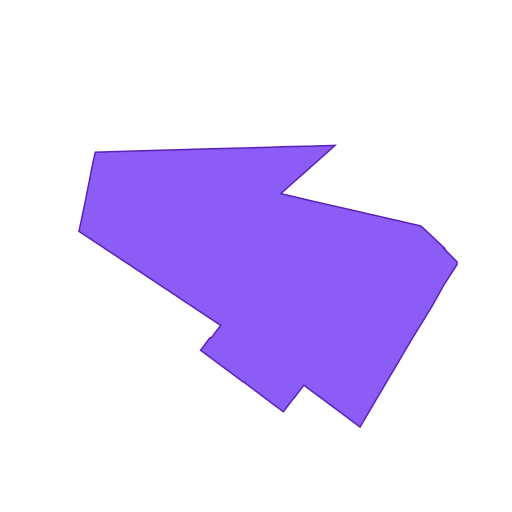 the district of Tonanitla, México, Mexico, rotated 113°
{"feature_id": "50627088B85888677914185", "entity_name": "Tonanitla", "entity_type": "district", "adm_level": 2, "iso_a3": "MEX", "parent_name": "Mexico", "parent_adm1": "México", "projection": "mercator", "projection_center": [-99.056, 19.68], "detail": "fine", "context": "isolated", "style": "filled", "palette": "violet", "viewbox_px": 512, "rotation_deg": 113, "n_neighbors": 0, "source": "geoboundaries", "source_scale": "gbopen_adm2", "svg_char_len": 1858}
<svg xmlns="http://www.w3.org/2000/svg" viewBox="0 0 512 512"><g transform="rotate(113 256 256)"><path d="M223.2,444.4L232.7,442.8L238.7,441.6L250.0,439.2L250.8,439.0L259.0,437.3L267.2,435.6L275.4,433.9L283.6,432.3L286.0,431.8L294.2,430.2L302.5,428.6L304.1,419.8L305.7,411.4L307.2,403.1L308.8,394.8L310.3,386.4L311.9,378.1L313.4,369.8L315.0,361.4L316.5,353.1L318.1,344.8L319.6,336.4L321.2,328.1L322.7,319.8L324.3,311.4L325.9,303.1L327.4,294.8L329.0,286.4L330.5,278.1L332.1,269.8L333.6,261.4L342.7,263.7L348.9,265.1L348.9,266.1L349.5,266.5L364.4,270.2L364.5,269.8L364.9,268.1L365.0,267.8L365.4,266.0L365.4,265.8L365.9,263.9L366.4,261.8L366.8,260.3L366.9,259.9L367.4,257.9L367.4,257.7L368.4,253.7L369.9,247.7L371.3,241.9L372.7,236.0L374.2,229.9L375.7,223.7L377.0,218.3L376.3,217.0L377.2,216.5L379.8,205.9L381.3,199.9L382.8,194.0L384.3,188.0L385.8,182.0L386.8,177.7L387.2,176.0L388.7,170.0L372.9,166.0L372.1,165.5L356.2,161.5L358.5,152.3L360.7,143.1L362.7,134.8L364.7,126.5L366.7,118.2L368.7,109.9L370.8,101.7L372.8,93.4L363.6,92.2L354.5,91.0L345.4,89.8L336.3,88.6L327.2,87.4L318.1,86.2L309.0,85.0L308.7,84.9L299.7,83.7L290.7,82.6L281.6,81.4L272.6,80.2L263.0,78.8L253.4,77.3L243.8,75.9L234.2,74.4L225.8,73.5L217.4,72.6L209.0,71.7L195.6,69.4L185.5,67.6L182.9,68.6L182.5,69.5L175.8,85.8L175.2,85.3L174.3,87.8L172.7,92.0L170.8,97.1L167.4,106.4L164.0,115.7L164.1,116.6L164.2,117.8L165.7,126.0L167.1,134.1L168.0,139.3L168.7,143.0L170.3,152.0L171.9,160.9L173.5,169.8L175.0,178.7L176.6,187.6L178.2,196.5L179.8,205.4L181.4,214.3L183.0,223.2L184.5,231.8L185.9,240.4L187.4,249.0L188.9,257.5L180.7,253.7L172.5,249.8L164.3,245.9L156.1,242.0L147.9,238.1L139.7,234.2L131.5,230.3L123.3,226.5L132.7,246.8L144.6,273.3L150.1,284.8L153.4,292.1L161.9,310.6L173.1,335.4L195.5,384.2L218.6,434.5L219.2,435.6L223.2,444.4Z" fill="#8b5cf6" stroke="#5b21b6" stroke-width="1.5"/></g></svg>